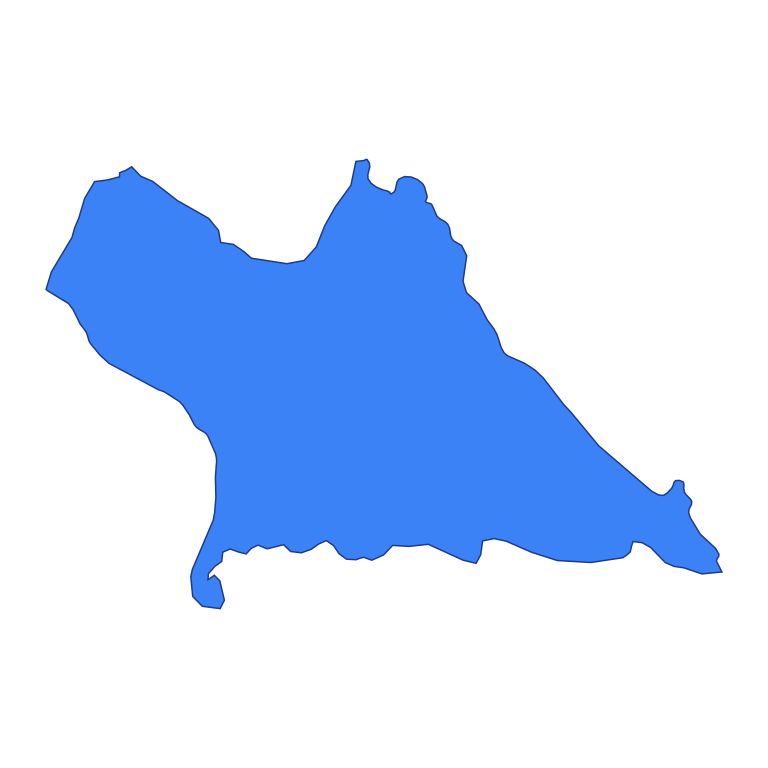 the Province of Khammouan
{"feature_id": "LAO-3293", "entity_name": "Khammouan", "entity_type": "Province", "adm_level": 1, "iso_a3": "LAO", "parent_name": "Laos", "parent_adm1": "", "projection": "orthographic", "projection_center": [105.341, 17.58], "detail": "fine", "context": "isolated", "style": "filled", "palette": "blue", "viewbox_px": 768, "rotation_deg": 0, "n_neighbors": 0, "source": "natural_earth", "source_scale": "10m", "svg_char_len": 2503}
<svg xmlns="http://www.w3.org/2000/svg" viewBox="0 0 768 768"><path d="M192.7,596.4L190.8,576.7L192.4,569.3L213.2,520.3L214.6,512.8L215.9,497.4L215.4,477.4L216.6,461.1L216.3,457.1L215.4,453.2L207.9,436.2L206.7,434.4L204.4,432.3L199.0,429.2L196.5,427.3L194.3,424.6L189.4,415.0L183.1,405.5L179.4,401.5L164.3,391.8L158.3,389.7L109.0,363.4L99.8,354.9L90.4,343.5L89.0,340.9L87.1,334.3L86.2,332.2L84.9,330.1L80.3,324.3L73.2,309.8L68.5,303.5L47.8,290.9L46.1,289.3L51.3,272.1L72.0,237.4L74.7,227.7L78.7,218.4L84.7,198.3L94.6,181.6L107.2,180.0L119.5,176.8L119.6,172.8L122.2,171.7L124.9,170.8L131.7,166.8L140.7,176.2L152.7,181.4L177.4,200.6L208.7,218.4L218.5,230.4L220.7,242.5L233.4,244.4L243.9,251.6L251.4,258.2L286.9,263.7L304.2,260.5L316.3,246.9L324.7,225.8L335.4,206.7L350.9,185.4L355.9,161.4L364.2,160.5L365.8,159.4L367.2,159.6L369.4,163.2L369.8,166.9L367.8,174.9L368.0,178.7L371.3,183.5L376.5,187.2L382.3,189.7L387.3,191.0L389.7,192.2L390.4,193.6L391.2,193.9L394.1,192.0L395.4,189.7L396.9,182.3L398.8,179.2L404.5,176.6L411.2,177.0L417.6,179.6L422.5,183.6L424.4,186.6L427.0,195.6L427.1,197.7L426.4,199.4L425.7,200.7L425.4,201.5L426.9,202.7L430.5,203.6L431.8,204.5L437.0,216.3L439.6,218.6L445.1,221.7L447.8,224.3L449.5,228.0L450.7,235.6L451.9,238.8L454.1,241.2L461.6,245.4L465.9,254.2L466.7,255.9L463.0,281.3L466.5,292.6L478.9,304.0L487.1,319.7L494.2,329.3L497.1,334.8L501.2,347.6L504.1,352.9L508.0,356.0L524.6,363.3L535.0,370.1L543.3,378.0L564.1,405.0L570.8,412.1L598.7,445.8L651.8,491.3L658.8,495.0L663.4,495.4L667.1,493.1L671.7,488.3L673.1,485.5L673.9,482.6L675.5,480.6L679.5,480.4L683.3,482.0L684.0,484.8L683.7,488.3L684.5,492.4L686.1,494.7L690.6,499.3L691.7,501.2L691.5,504.3L688.9,509.6L688.7,513.1L690.5,518.1L700.2,534.1L715.6,548.4L718.9,554.2L718.8,556.1L716.7,559.7L716.5,561.2L721.9,572.0L702.0,573.9L683.8,567.8L674.2,566.4L665.3,562.6L650.7,547.5L642.1,542.7L633.1,541.5L631.4,546.6L630.3,551.8L626.8,555.0L622.9,557.7L590.8,562.5L557.3,560.5L531.7,552.3L506.3,541.2L494.2,538.6L482.6,540.9L480.7,554.7L476.1,563.3L463.2,560.2L428.3,544.3L408.7,546.4L392.6,545.4L383.8,554.8L371.8,560.2L363.8,557.3L359.9,558.2L356.2,559.7L346.6,559.2L339.0,553.7L333.7,545.7L326.3,540.6L318.7,544.0L311.2,549.3L301.4,552.8L290.7,551.5L283.6,544.7L267.1,548.8L258.0,545.1L251.2,548.4L246.2,553.9L238.4,552.0L230.2,549.0L222.8,552.1L221.7,561.5L215.0,566.2L208.4,573.7L208.0,579.7L214.3,575.3L219.8,580.8L224.4,600.2L220.1,608.6L202.3,606.3L192.7,596.4Z" fill="#3b82f6" stroke="#1e3a8a" stroke-width="1.5"/></svg>